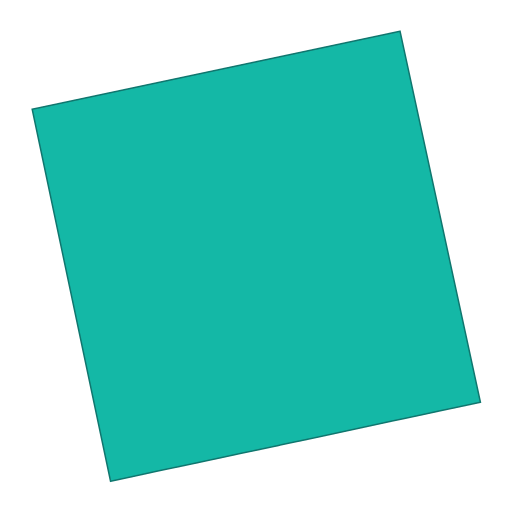 Franklin, Nebraska, United States of America (Albers equal-area conic projection), rotated 348°
{"feature_id": "52423323B81313080696074", "entity_name": "Franklin", "entity_type": "district", "adm_level": 2, "iso_a3": "USA", "parent_name": "United States of America", "parent_adm1": "Nebraska", "projection": "albers", "projection_center": [-98.97, 40.176], "detail": "fine", "context": "isolated", "style": "filled", "palette": "teal", "viewbox_px": 512, "rotation_deg": 348, "n_neighbors": 0, "source": "geoboundaries", "source_scale": "gbopen_adm2", "svg_char_len": 429}
<svg xmlns="http://www.w3.org/2000/svg" viewBox="0 0 512 512"><g transform="rotate(348 256 256)"><path d="M445.1,445.7L443.6,66.1L67.6,65.9L66.9,446.1L67.1,446.1L74.7,446.1L113.8,445.9L121.7,445.9L145.1,446.0L160.6,446.0L199.6,445.9L200.9,445.9L223.1,446.0L239.7,446.0L240.2,445.9L249.1,445.9L271.0,446.0L354.8,445.7L366.4,445.8L402.6,445.7L404.5,445.7L445.1,445.7Z" fill="#14b8a6" stroke="#0f766e" stroke-width="1.5"/></g></svg>